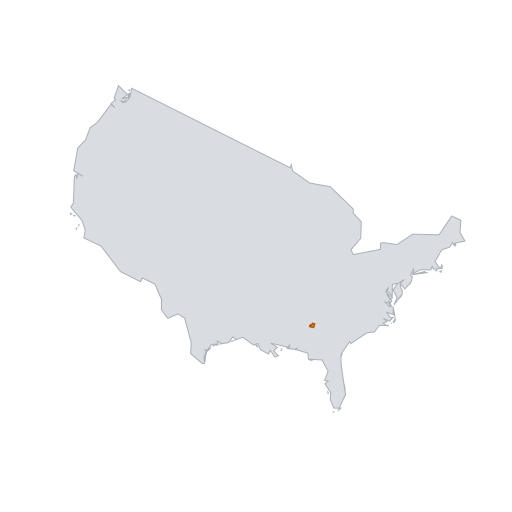 location of Clay, Alabama, United States of America, rotated 14°
{"feature_id": "52423323B11039676247957", "entity_name": "Clay", "entity_type": "district", "adm_level": 2, "iso_a3": "USA", "parent_name": "United States of America", "parent_adm1": "Alabama", "projection": "albers", "projection_center": [-85.88, 33.295], "detail": "fine", "context": "in_parent", "style": "filled", "palette": "amber", "viewbox_px": 512, "rotation_deg": 14, "n_neighbors": 0, "source": "geoboundaries", "source_scale": "gbopen_adm2", "svg_char_len": 4178}
<svg xmlns="http://www.w3.org/2000/svg" viewBox="0 0 512 512"><g transform="rotate(14 256 256)"><path d="M403.0,196.8L428.5,191.2L436.2,169.9L446.1,171.7L448.2,183.8L455.1,190.9L445.8,195.5L445.6,197.9L443.6,195.3L441.8,200.5L434.7,205.1L431.1,218.0L436.2,222.7L439.1,221.6L438.0,219.4L439.0,220.3L439.7,222.9L431.4,225.9L429.4,223.3L429.0,227.2L419.3,229.4L412.3,235.2L412.8,232.3L411.9,230.6L410.6,237.5L412.8,238.4L412.7,244.2L408.3,252.0L402.5,248.0L405.3,243.1L402.0,246.7L403.9,251.6L406.4,254.3L407.1,257.5L401.7,270.0L403.0,262.3L397.3,255.8L400.0,248.1L395.2,250.8L397.8,261.6L392.7,258.7L391.0,259.2L392.3,255.6L392.1,254.6L390.7,257.4L390.8,259.7L398.6,263.3L397.1,265.5L393.4,261.9L392.1,261.4L396.6,265.6L398.5,266.4L397.7,269.2L395.2,267.3L399.1,271.2L398.3,271.8L396.4,269.8L391.7,269.2L397.8,272.7L401.4,272.3L405.9,282.1L402.0,274.6L403.4,279.6L396.5,279.1L401.8,283.7L404.1,282.0L401.4,286.9L394.7,285.9L398.9,287.9L395.6,290.5L399.8,291.8L392.5,293.5L389.1,301.2L382.2,303.7L369.3,318.0L367.5,316.5L362.8,329.1L362.5,332.2L365.1,341.5L376.4,368.8L373.5,383.6L368.2,384.7L362.7,377.1L361.5,370.6L353.8,363.3L356.3,359.9L352.6,360.1L353.9,350.4L345.2,340.9L332.0,343.4L329.7,337.7L316.7,337.2L318.4,335.0L316.1,337.2L310.2,338.1L310.3,333.7L309.2,336.8L291.4,337.0L298.9,339.5L296.1,343.4L301.8,347.5L298.7,349.4L292.5,344.0L291.9,348.0L283.2,345.9L278.6,340.5L275.4,343.0L262.9,338.1L255.0,343.1L257.0,341.7L253.1,339.9L250.4,346.6L242.1,350.3L244.1,349.1L239.0,347.9L240.6,350.4L234.2,352.7L231.1,360.0L228.5,358.5L230.6,360.8L230.2,367.8L232.2,372.3L230.2,373.5L216.2,366.5L214.2,355.9L201.7,333.5L194.2,331.1L185.5,337.9L177.2,331.0L174.8,321.0L164.8,307.8L151.1,304.8L150.2,308.9L128.2,303.9L103.2,283.8L84.6,280.1L84.2,272.5L78.5,263.6L64.5,253.4L66.0,248.5L60.5,222.6L61.7,220.5L63.3,224.2L63.3,219.0L69.0,220.5L58.5,217.4L56.9,194.3L62.6,184.5L64.0,171.6L69.5,165.1L78.7,143.9L83.3,146.3L78.4,143.2L82.1,138.0L80.2,137.3L81.3,124.0L92.3,130.5L87.7,136.0L93.1,132.9L90.9,138.1L87.6,138.4L89.6,139.4L92.5,137.9L95.2,132.8L94.9,123.3L267.8,162.2L268.1,158.9L271.1,164.7L290.7,172.2L311.2,170.8L338.9,186.8L340.1,190.9L349.9,197.4L353.3,213.6L346.6,226.9L350.0,231.1L375.1,219.5L373.8,213.5L376.0,212.3L389.9,210.8L403.0,196.8ZM422.5,231.8L426.7,230.5L412.1,236.3L424.0,230.0L422.5,231.8ZM94.0,128.8L94.3,132.7L94.1,133.2L92.8,129.9L94.0,128.8ZM232.1,371.0L230.8,364.7L231.4,361.2L231.2,364.9L232.1,371.0ZM446.9,195.8L447.1,197.7L446.4,197.4L446.9,195.8ZM278.6,342.4L278.9,343.8L277.5,342.6L278.6,342.4ZM68.7,260.9L70.8,260.7L70.8,261.0L68.7,260.9ZM67.0,259.7L66.0,260.4L65.6,259.4L67.0,259.7ZM435.3,225.6L434.3,227.0L433.9,226.7L435.3,225.6ZM232.8,358.2L231.4,360.8L234.7,355.7L232.8,358.2ZM373.0,359.8L375.2,365.2L372.6,359.3L373.0,359.8ZM76.6,268.3L76.9,270.0L76.4,268.4L76.6,268.3ZM374.4,384.4L372.8,386.2L375.4,382.4L374.4,384.4ZM406.7,285.5L405.2,287.8L406.1,282.5L406.7,285.5ZM93.4,125.4L93.0,126.4L92.5,125.7L93.4,125.4ZM240.5,351.5L237.6,352.5L240.6,351.1L240.5,351.5ZM439.4,225.5L439.5,226.9L438.2,226.8L439.4,225.5ZM75.3,272.2L75.3,274.2L75.0,272.4L75.3,272.2ZM236.8,353.5L235.6,354.0L236.7,353.0L236.8,353.5ZM406.6,259.9L405.1,262.9L406.8,258.7L406.6,259.9ZM254.0,344.2L252.1,345.1L254.9,343.5L254.0,344.2ZM363.2,330.6L363.0,332.8L362.7,331.3L363.2,330.6ZM400.5,292.1L399.9,292.6L401.5,290.8L400.5,292.1ZM336.7,342.8L334.5,344.0L333.6,343.8L336.7,342.8ZM309.4,337.7L309.0,338.0L307.7,337.9L309.4,337.7ZM359.0,370.9L359.4,372.5L358.6,370.6L359.0,370.9ZM303.6,340.7L303.2,342.1L303.2,339.5L303.6,340.7ZM369.4,388.5L368.1,388.7L369.9,388.2L369.4,388.5ZM412.4,245.2L411.7,246.7L412.5,244.6L412.4,245.2ZM403.9,288.3L403.2,288.9L403.9,288.3Z" fill="#d9dde1" stroke="#a8b0b8" stroke-width="1"/><path d="M329.3,307.7L328.3,307.7L328.3,307.8L328.2,307.8L328.2,308.0L327.4,308.0L327.4,307.9L327.5,307.9L327.6,307.7L327.2,307.7L327.2,308.1L327.1,308.6L326.9,308.8L326.7,308.8L326.6,309.6L326.4,309.6L325.7,309.6L325.5,310.5L325.1,310.5L325.1,311.4L326.4,311.4L326.4,311.5L326.7,311.5L326.7,311.4L328.0,311.4L328.4,311.4L329.2,311.4L329.2,309.5L329.3,309.5L329.3,309.3L329.2,309.3L329.3,307.7Z" fill="#f59e0b" stroke="#b45309" stroke-width="1.5"/></g></svg>